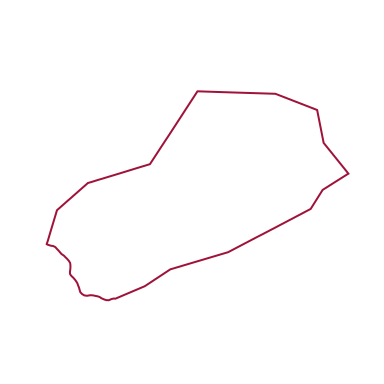 the district of Jubayt Elma'aadin, Red Sea, Sudan, rotated 326°
{"feature_id": "16777658B74984958768129", "entity_name": "Jubayt Elma'aadin", "entity_type": "district", "adm_level": 2, "iso_a3": "SDN", "parent_name": "Sudan", "parent_adm1": "Red Sea", "projection": "natural_earth1", "projection_center": [33.973, 21.162], "detail": "fine", "context": "isolated", "style": "outline", "palette": "rose", "viewbox_px": 384, "rotation_deg": 326, "n_neighbors": 0, "source": "geoboundaries", "source_scale": "gbopen_adm2", "svg_char_len": 1389}
<svg xmlns="http://www.w3.org/2000/svg" viewBox="0 0 384 384"><g transform="rotate(326 192 192)"><path d="M68.7,237.5L68.8,237.6L78.1,239.4L100.2,243.7L130.8,244.0L188.3,262.1L219.0,265.5L231.8,267.0L280.9,272.4L301.5,263.3L331.2,264.2L331.7,264.3L331.9,264.3L331.7,261.2L328.6,224.9L341.6,194.0L316.1,157.3L316.0,157.2L315.9,157.1L277.6,129.5L253.0,111.7L252.8,111.6L203.0,132.7L198.8,134.4L172.7,145.4L172.3,145.3L172.0,145.2L163.0,142.4L158.1,140.9L142.6,136.2L141.3,135.8L131.3,132.7L125.4,130.9L121.7,129.7L113.3,127.2L112.5,126.9L110.5,126.3L110.2,126.4L85.3,129.6L85.1,129.6L69.9,131.6L68.8,132.4L68.8,132.5L52.6,145.7L45.6,151.5L43.5,153.1L42.4,153.9L42.5,154.4L43.4,155.6L44.7,157.3L46.8,159.3L47.4,160.4L47.9,161.3L48.1,163.0L48.6,165.9L49.0,169.2L49.0,169.8L49.3,170.9L50.3,173.4L50.5,174.8L51.1,177.6L51.4,180.3L51.3,182.6L50.5,184.3L49.3,186.2L47.9,188.0L46.2,189.9L45.5,190.9L45.0,192.0L45.0,193.2L45.1,194.3L45.6,196.4L45.9,198.8L46.0,199.9L46.0,202.2L45.9,203.7L45.7,204.3L44.7,208.6L44.1,210.2L44.0,210.7L43.8,211.2L43.4,212.6L43.8,215.1L44.9,217.5L46.9,219.3L47.1,219.4L48.8,220.2L49.0,220.2L50.7,221.2L52.3,222.5L53.7,224.0L55.5,225.8L56.7,227.4L57.3,228.9L57.8,229.9L59.0,231.8L60.2,233.4L60.4,233.7L61.3,234.3L62.2,235.0L62.3,235.1L63.5,235.4L65.3,235.7L66.4,236.1L67.6,236.6L67.8,236.7L68.1,237.0L68.7,237.5Z" fill="none" stroke="#9f1239" stroke-width="2"/></g></svg>